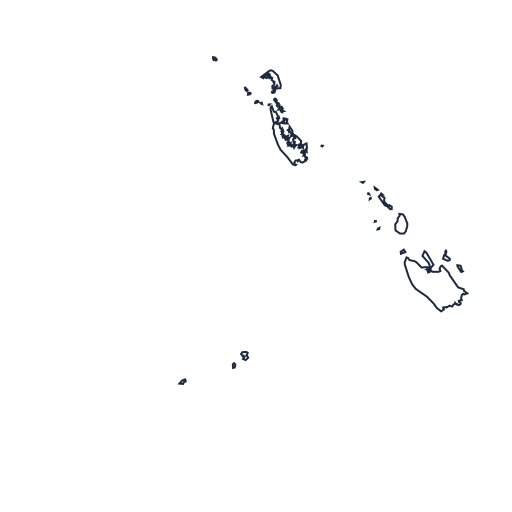 outline of Sumenep, Jawa Timur, Indonesia, rotated 227°
{"feature_id": "22746128B46307112426649", "entity_name": "Sumenep", "entity_type": "district", "adm_level": 2, "iso_a3": "IDN", "parent_name": "Indonesia", "parent_adm1": "Jawa Timur", "projection": "albers", "projection_center": [115.069, -6.151], "detail": "fine", "context": "isolated", "style": "outline", "palette": "slate", "viewbox_px": 512, "rotation_deg": 227, "n_neighbors": 0, "source": "geoboundaries", "source_scale": "gbopen_adm2", "svg_char_len": 6169}
<svg xmlns="http://www.w3.org/2000/svg" viewBox="0 0 512 512"><g transform="rotate(227 256 256)"><path d="M84.6,385.0L88.7,384.4L90.1,385.2L95.2,382.4L109.7,384.5L112.3,385.6L122.1,385.5L122.5,384.2L121.7,381.8L119.3,380.6L120.1,378.5L124.0,374.4L125.9,373.8L128.6,375.7L129.3,375.1L129.2,373.9L125.9,372.2L126.6,370.6L129.0,371.7L128.1,372.6L129.0,373.2L129.5,372.6L129.3,373.7L131.2,373.5L134.7,369.2L141.7,369.1L143.9,368.5L148.3,365.5L150.9,365.8L152.3,365.1L150.0,360.5L148.3,359.0L136.2,353.3L128.8,350.9L123.1,350.4L109.5,353.3L100.0,353.5L94.8,352.8L89.3,353.6L88.8,357.0L90.7,357.7L89.0,360.2L88.4,360.2L87.6,363.8L85.3,364.9L85.8,367.2L85.2,369.0L85.8,369.7L83.6,369.7L83.6,370.3L81.8,370.7L81.3,372.7L82.1,373.7L84.0,373.2L84.9,373.8L83.4,376.4L85.1,377.0L87.1,380.0L87.0,381.8L85.9,382.0L84.6,385.0ZM307.3,346.4L297.9,345.4L295.4,346.8L295.4,347.5L296.6,346.9L298.2,347.7L298.8,350.0L297.6,351.8L296.9,351.4L297.0,353.1L294.5,352.7L292.7,353.6L291.6,357.8L292.8,358.5L292.7,357.3L293.2,358.0L292.2,359.8L293.3,360.5L295.0,359.5L296.5,360.7L297.1,359.3L298.0,361.2L300.9,359.6L301.5,361.3L299.1,362.1L300.0,363.3L300.2,366.9L303.9,369.7L304.9,366.5L303.0,364.1L306.1,365.1L304.6,362.3L305.2,361.3L306.3,362.2L306.6,361.6L307.2,363.1L308.2,363.0L307.9,364.4L306.8,364.1L309.2,367.5L315.4,367.4L318.3,366.6L317.4,365.3L316.1,365.6L314.6,364.6L316.6,364.9L315.9,362.5L314.0,361.6L312.9,362.2L312.5,361.6L313.2,361.1L311.4,359.7L310.5,359.8L310.2,360.9L309.6,361.2L309.9,359.8L308.8,359.0L309.9,359.2L309.2,357.6L311.6,358.2L311.8,357.0L313.8,358.8L313.3,358.2L314.0,357.1L313.3,356.3L314.7,354.9L315.3,358.1L316.5,355.6L317.4,356.0L317.4,358.1L318.6,358.2L319.4,360.6L320.0,360.5L319.1,359.4L320.3,359.8L320.1,358.7L321.0,359.2L320.7,357.1L321.8,357.3L322.3,357.7L321.7,359.9L322.2,361.2L323.0,358.8L322.5,357.6L323.8,358.2L324.1,356.5L325.0,356.8L324.9,357.8L325.8,357.8L324.7,359.1L326.5,359.0L327.6,358.0L327.7,359.0L328.7,359.5L328.9,358.6L329.2,359.8L329.9,359.7L330.5,361.4L333.3,360.9L337.1,363.6L337.7,361.8L339.9,360.6L340.6,359.4L338.0,355.4L336.3,355.2L333.1,352.5L322.5,348.0L316.9,346.4L307.3,346.4ZM179.6,375.5L174.2,376.6L171.5,379.6L171.9,382.3L174.5,386.8L176.7,388.9L183.4,391.5L186.3,391.8L189.0,389.6L187.6,388.7L186.9,385.4L184.9,383.2L184.2,379.4L179.6,375.5ZM383.4,381.8L381.5,382.5L382.5,383.3L381.6,386.2L381.1,383.8L378.8,385.3L380.0,389.0L381.0,387.3L381.6,387.7L381.7,388.8L380.7,389.6L379.0,388.5L378.6,389.4L377.5,388.7L375.2,389.3L374.2,387.5L370.8,388.2L370.7,387.2L369.9,387.4L368.8,386.2L369.2,383.9L367.4,382.4L366.6,383.3L366.9,384.9L365.9,385.9L366.4,387.7L365.7,387.5L366.0,386.7L364.8,385.0L362.1,388.3L364.1,390.7L373.3,395.0L379.9,394.5L381.8,393.4L382.3,391.9L383.4,381.8ZM128.5,379.8L142.2,382.9L144.6,382.5L142.5,377.8L133.4,377.6L130.9,376.7L129.8,375.4L128.2,376.5L128.5,379.8ZM342.2,360.2L340.1,360.9L340.6,363.1L339.9,362.2L339.2,362.9L340.1,364.8L342.6,365.2L342.4,367.1L347.9,368.8L349.0,367.6L350.0,367.7L354.8,369.7L354.6,368.1L353.3,366.6L342.2,360.2ZM215.7,386.2L205.3,384.8L202.8,385.8L203.1,386.6L201.4,386.9L201.0,385.9L198.5,386.1L197.8,387.3L199.5,388.9L202.2,388.2L201.9,387.1L207.6,386.7L209.5,387.7L210.9,389.7L215.9,388.6L215.7,386.2ZM189.5,176.3L186.9,177.5L187.0,180.9L190.0,181.7L190.7,183.8L192.3,183.6L194.9,180.6L194.5,178.2L191.8,178.0L191.6,178.8L190.5,178.0L190.1,178.8L189.5,176.3ZM126.4,390.9L121.6,393.0L120.9,395.0L121.9,395.9L127.2,394.9L129.3,398.2L130.4,398.5L130.2,397.5L128.4,396.2L128.4,394.2L126.4,390.9ZM326.5,365.1L325.9,364.4L326.1,365.1L325.3,365.5L324.5,364.9L324.5,365.8L321.7,365.2L321.1,366.1L322.6,368.0L327.7,368.8L326.1,366.7L326.5,365.1ZM110.7,396.2L104.3,395.2L103.7,396.8L105.0,396.8L109.3,399.0L111.9,397.0L110.7,396.2ZM336.6,367.5L336.3,365.3L334.5,366.4L333.0,367.7L333.3,368.4L333.3,368.6L333.0,368.0L331.3,369.5L333.0,370.0L334.5,372.1L335.8,370.6L335.5,368.9L336.4,369.0L335.5,368.0L336.1,366.4L336.6,367.5ZM215.3,117.1L214.9,113.0L212.2,115.4L212.9,117.2L212.3,119.1L213.2,119.8L214.2,120.0L215.3,117.1ZM159.8,368.5L160.4,364.7L158.8,363.5L157.0,367.9L159.8,368.5ZM348.5,375.8L347.8,372.5L347.2,373.6L343.8,372.8L343.1,373.3L343.8,374.2L343.2,375.0L346.1,374.2L345.7,376.2L347.7,376.5L348.5,375.8ZM189.8,162.9L189.0,164.3L189.6,165.6L191.0,167.0L192.6,166.8L192.6,165.2L189.8,162.9ZM428.9,358.9L428.3,358.8L428.3,359.0L428.8,358.9L430.0,359.7L428.5,359.1L426.3,360.0L426.2,361.1L428.6,361.6L430.7,360.3L429.7,359.2L428.9,358.9ZM351.9,373.8L350.2,373.8L350.0,375.2L350.7,376.4L352.6,376.7L353.5,376.1L351.9,373.8ZM358.0,375.8L354.9,375.4L355.4,377.2L357.4,377.7L358.3,377.1L358.0,375.8ZM384.5,361.5L382.8,361.8L383.0,363.0L387.3,363.0L384.5,361.5ZM369.2,360.9L368.4,359.6L368.2,359.7L366.9,363.0L368.2,363.1L369.0,362.3L369.2,360.9ZM379.5,360.1L378.4,361.7L378.6,363.0L379.9,362.8L380.6,361.6L379.5,360.1ZM223.9,388.7L221.6,389.3L221.3,390.2L225.1,389.5L223.9,388.7ZM364.7,379.1L363.8,379.4L363.0,381.2L363.9,382.2L365.3,380.1L364.7,379.1ZM337.0,369.1L336.0,369.5L336.2,371.3L337.9,370.1L337.0,369.1ZM298.9,363.9L297.6,364.1L299.8,366.0L300.0,364.8L298.9,363.9ZM319.8,366.0L320.1,363.6L319.7,362.8L318.9,365.3L319.8,366.0ZM192.5,365.4L192.9,364.0L192.5,363.1L191.7,364.4L192.5,365.4ZM237.9,383.7L236.5,384.1L236.7,385.4L237.9,383.7ZM364.6,381.9L364.1,382.7L365.8,383.1L365.8,382.4L364.6,381.9ZM215.3,389.9L215.6,389.2L214.6,390.4L216.3,390.2L216.1,389.6L215.3,389.9ZM365.9,384.8L364.8,384.0L364.5,385.0L365.9,384.8ZM220.3,379.5L220.6,378.6L219.9,377.8L219.7,379.1L220.3,379.5ZM364.6,363.6L364.2,363.5L362.9,364.1L364.2,364.8L364.6,363.6ZM199.1,368.0L200.5,366.9L200.0,366.2L199.1,368.0ZM291.8,378.9L290.9,379.2L291.0,380.0L291.9,379.5L291.8,378.9ZM329.2,360.6L329.4,361.5L330.6,361.9L329.8,360.6L329.2,360.6ZM225.3,380.9L224.9,380.3L223.8,380.9L224.7,381.2L225.3,380.9ZM333.7,361.5L332.0,361.1L331.9,361.3L333.7,361.5ZM341.7,366.2L341.0,366.2L340.8,366.9L341.8,367.4L341.7,366.2ZM357.5,369.5L358.2,368.6L357.8,368.1L357.3,368.5L357.5,369.5ZM376.7,387.6L378.0,387.4L377.0,387.0L376.7,387.6ZM299.5,364.1L298.9,362.9L298.3,362.8L298.5,363.4L299.5,364.1ZM328.3,360.5L327.3,360.9L328.3,360.8L328.3,360.5Z" fill="none" stroke="#1e293b" stroke-width="2"/></g></svg>